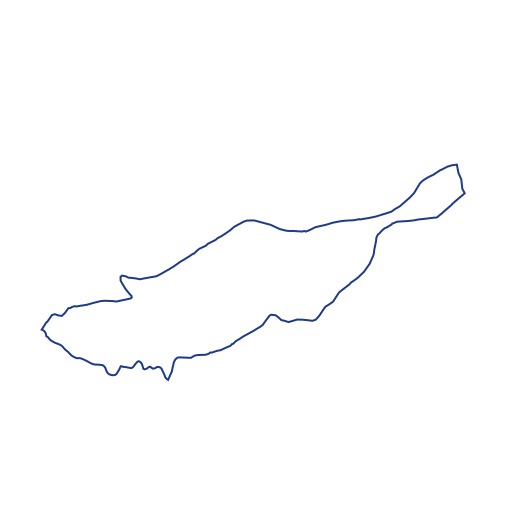 outline of Nuevo Progreso, San Marcos, Guatemala, rotated 27°
{"feature_id": "79465075B31379081578596", "entity_name": "Nuevo Progreso", "entity_type": "district", "adm_level": 2, "iso_a3": "GTM", "parent_name": "Guatemala", "parent_adm1": "San Marcos", "projection": "robinson", "projection_center": [-91.918, 14.815], "detail": "fine", "context": "isolated", "style": "outline", "palette": "blue", "viewbox_px": 512, "rotation_deg": 27, "n_neighbors": 0, "source": "geoboundaries", "source_scale": "gbopen_adm2", "svg_char_len": 3706}
<svg xmlns="http://www.w3.org/2000/svg" viewBox="0 0 512 512"><g transform="rotate(27 256 256)"><path d="M233.9,406.3L233.4,396.8L232.6,394.2L231.0,387.6L231.1,385.0L231.7,383.1L232.5,381.9L233.8,381.1L237.0,379.6L242.8,377.0L244.3,376.2L246.4,372.8L248.7,370.9L255.9,366.9L258.2,364.6L259.1,362.7L260.4,362.2L264.2,358.3L267.1,356.1L270.6,351.7L274.0,347.6L274.6,345.4L275.5,344.6L276.7,341.0L279.2,337.0L281.1,333.6L286.3,326.0L287.2,324.7L291.6,317.6L293.2,314.6L294.0,309.6L295.1,303.0L296.3,301.4L300.3,299.9L304.3,300.6L307.8,301.6L310.2,300.9L315.0,300.1L321.6,293.9L326.7,291.5L330.8,289.9L335.7,288.1L338.1,285.7L339.4,281.1L340.8,269.8L343.3,265.7L345.4,261.6L346.5,251.1L347.6,248.4L352.3,238.4L352.6,236.6L354.3,233.7L356.5,229.3L359.4,221.0L360.8,211.5L360.3,202.3L359.8,200.2L358.4,196.2L356.7,190.0L355.9,187.4L355.1,185.6L354.8,183.3L355.0,181.2L355.5,180.3L356.7,176.1L358.0,172.9L359.7,170.9L362.3,166.7L362.7,165.3L366.4,161.2L374.6,156.4L380.2,152.8L383.0,150.6L384.9,149.2L387.6,147.5L396.8,141.3L399.2,139.9L400.1,138.8L400.5,137.5L402.4,133.3L403.0,131.6L406.6,122.8L407.5,119.9L409.4,115.1L413.5,105.4L409.3,102.4L404.1,94.5L398.6,90.0L393.5,83.4L389.3,86.3L386.0,89.5L382.1,94.9L381.3,95.7L376.9,103.5L375.9,104.6L372.9,108.8L370.5,112.9L369.1,116.8L368.3,127.9L367.0,132.5L366.8,133.3L361.8,145.9L360.9,147.5L358.3,151.4L356.6,155.0L344.9,166.4L339.7,170.6L332.0,176.3L330.9,176.4L330.0,177.4L326.3,180.1L321.7,182.7L317.0,185.6L314.0,187.8L309.4,191.4L304.1,196.5L296.0,203.2L292.2,208.3L290.9,209.9L289.3,211.6L287.6,211.8L286.1,213.2L276.7,217.3L275.8,217.9L274.8,218.4L272.9,219.1L272.0,219.6L265.0,221.2L254.7,221.6L251.0,222.4L238.4,225.1L232.2,228.3L229.5,230.9L223.3,239.9L221.3,244.8L218.0,250.9L216.3,253.8L213.6,257.7L212.7,260.0L207.6,266.9L206.6,269.7L202.1,275.5L200.7,278.8L199.6,282.2L198.6,283.0L197.1,285.9L193.6,291.7L191.3,295.3L187.4,302.7L184.1,308.1L183.3,309.2L178.8,316.1L176.3,319.4L172.0,322.6L162.8,329.6L159.9,330.3L155.5,331.8L152.3,333.2L149.2,333.2L145.5,334.3L144.8,336.1L146.4,339.2L148.1,340.5L154.7,344.6L161.0,347.4L163.0,348.0L164.1,349.3L163.7,350.6L161.0,352.9L152.2,360.0L149.3,361.0L141.7,364.5L138.6,366.3L133.2,370.9L127.6,376.1L124.1,378.7L123.2,379.3L119.7,381.9L118.8,382.6L117.2,383.0L115.2,385.0L114.4,386.4L112.5,387.8L111.6,393.7L110.2,397.5L107.2,398.6L103.1,399.2L101.0,401.3L99.9,409.5L99.3,410.5L98.5,418.9L99.4,418.8L100.2,418.8L101.8,419.2L102.6,419.6L103.8,420.5L104.7,421.5L105.8,422.8L107.0,422.7L108.3,423.1L109.6,423.8L110.6,424.1L111.9,424.4L115.8,424.6L120.5,424.1L122.5,424.1L123.8,424.2L124.6,424.5L125.8,425.0L127.8,425.8L128.9,426.1L130.2,426.4L131.0,426.5L132.2,426.8L133.7,427.4L135.0,427.8L136.1,428.2L137.4,428.5L139.6,428.6L141.6,428.6L143.0,428.3L144.7,427.3L146.1,426.8L147.6,426.6L150.5,426.4L153.7,426.4L156.1,426.5L158.4,426.5L160.2,426.3L162.4,425.6L163.3,425.1L166.3,423.8L167.1,423.5L168.3,423.1L169.6,422.9L171.8,423.6L173.0,424.5L174.3,425.7L175.3,426.6L176.0,427.0L176.9,427.5L178.0,427.9L178.9,428.0L180.2,427.9L181.6,427.6L182.7,427.2L183.6,426.6L184.8,425.6L185.3,423.9L185.7,419.0L185.6,417.7L185.6,416.5L185.6,415.6L186.8,415.1L187.6,415.2L191.0,413.9L193.2,413.3L195.2,412.7L195.9,412.3L196.7,411.2L197.1,410.0L197.3,408.7L197.5,407.2L197.9,405.7L198.2,404.6L198.5,403.8L199.3,403.0L200.6,402.9L201.6,403.1L202.9,403.7L204.5,405.1L205.7,406.4L206.3,407.1L206.9,407.6L208.0,407.6L209.2,406.7L210.1,405.4L210.7,404.0L211.7,402.8L212.5,402.7L214.0,403.1L215.4,403.1L216.6,402.2L217.4,401.2L218.1,399.9L219.2,399.2L220.7,398.9L221.7,398.8L223.1,399.4L224.8,400.7L228.0,403.2L229.4,404.4L230.1,405.1L231.1,405.7L232.1,406.0L233.9,406.3Z" fill="none" stroke="#1e3a8a" stroke-width="2"/></g></svg>